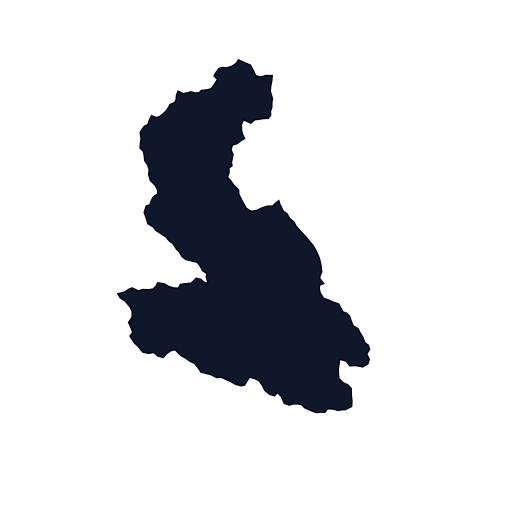 Cotia, São Paulo, Brazil (Equal Earth projection), rotated 311°
{"feature_id": "56859067B86024623028982", "entity_name": "Cotia", "entity_type": "district", "adm_level": 2, "iso_a3": "BRA", "parent_name": "Brazil", "parent_adm1": "São Paulo", "projection": "equal_earth", "projection_center": [-46.953, -23.683], "detail": "fine", "context": "isolated", "style": "filled", "palette": "ink", "viewbox_px": 512, "rotation_deg": 311, "n_neighbors": 0, "source": "geoboundaries", "source_scale": "gbopen_adm2", "svg_char_len": 3233}
<svg xmlns="http://www.w3.org/2000/svg" viewBox="0 0 512 512"><g transform="rotate(311 256 256)"><path d="M329.4,89.1L325.4,90.4L321.7,93.1L318.5,94.0L314.1,91.8L309.7,92.7L305.2,93.0L298.4,92.0L295.1,90.2L293.4,85.1L288.9,86.3L284.2,88.2L280.8,86.7L276.5,86.9L273.3,87.6L269.1,92.4L265.2,94.9L261.5,97.6L261.2,102.3L258.4,105.9L255.0,109.5L253.7,114.6L251.2,118.6L247.0,121.7L243.7,126.8L243.2,134.0L241.2,138.6L238.4,141.1L233.2,139.8L228.7,140.8L225.2,142.4L221.6,140.4L215.5,143.1L212.1,149.3L209.5,153.1L210.6,159.3L209.7,163.8L210.6,170.1L211.3,175.8L210.6,180.1L210.8,185.6L209.1,191.4L208.8,195.7L207.1,200.3L207.3,205.2L209.8,210.2L212.8,215.9L211.7,220.9L209.9,225.5L210.6,230.2L207.5,232.4L204.4,237.3L202.1,234.7L202.1,229.7L200.0,225.5L193.0,225.0L188.9,221.1L185.2,217.8L180.6,218.4L177.7,214.6L175.8,210.4L174.7,204.8L171.2,199.4L168.1,200.3L163.4,200.0L160.0,197.0L156.4,192.6L152.4,190.1L150.7,183.6L147.6,181.9L143.4,180.9L140.1,178.9L136.9,176.5L135.4,180.7L136.2,187.2L134.9,194.6L132.8,199.2L128.5,202.7L122.3,203.4L119.8,209.0L117.5,213.1L112.9,213.5L110.7,220.9L110.5,226.7L109.2,233.4L112.0,238.7L116.2,242.2L116.2,247.4L118.5,252.5L123.5,252.5L128.6,253.8L132.3,256.5L131.6,263.9L132.8,270.1L133.3,275.0L134.6,279.9L133.9,284.8L132.3,290.9L134.6,295.0L137.0,300.1L138.6,306.2L141.5,308.8L143.1,313.8L144.8,319.9L145.9,325.1L148.4,330.0L151.1,332.0L155.4,331.3L160.2,330.4L162.6,335.1L163.9,340.1L162.7,345.4L160.4,351.0L160.6,357.2L162.6,361.6L166.9,361.7L166.7,367.0L163.4,374.1L165.4,379.0L168.4,380.8L171.3,383.9L173.7,387.5L173.5,392.4L174.9,397.3L177.4,404.2L180.9,407.5L183.2,410.5L187.7,410.2L191.3,414.9L193.4,419.3L196.3,421.6L198.7,424.3L202.3,425.6L205.1,426.9L209.4,423.6L214.1,418.6L218.4,414.9L218.9,409.9L217.4,404.4L218.0,398.7L221.3,395.4L224.4,392.4L228.9,389.5L232.9,386.8L235.9,393.0L234.7,398.8L238.9,403.3L242.4,409.3L248.0,411.1L252.4,409.1L254.7,403.8L260.1,402.9L262.3,399.4L261.9,395.1L264.7,389.9L266.3,385.0L268.0,380.5L267.0,375.1L269.8,369.7L271.9,366.1L272.4,362.1L270.8,358.3L272.6,353.6L274.0,349.9L271.8,344.5L270.2,339.1L268.4,335.1L270.0,329.0L272.8,325.1L275.8,323.1L279.6,325.1L280.9,318.5L284.1,316.9L287.1,316.0L290.4,312.5L293.0,309.3L295.9,305.1L298.9,299.0L301.0,293.5L301.9,288.3L303.0,282.1L303.9,273.2L304.8,266.7L306.4,262.7L306.5,256.3L308.2,251.6L307.7,247.2L309.2,243.8L310.7,240.0L312.7,236.9L308.7,236.2L304.4,235.8L301.2,232.0L296.4,229.1L290.7,226.6L286.6,223.0L285.6,217.3L288.4,209.7L291.1,202.8L294.5,199.3L294.9,192.5L296.2,187.2L296.7,182.8L301.5,180.8L304.6,177.8L308.3,178.7L310.7,175.8L313.9,174.2L317.4,172.1L319.9,167.3L324.2,165.3L328.4,168.0L333.4,169.0L337.1,170.3L339.0,166.0L341.3,162.7L345.6,158.6L350.6,157.3L352.9,164.9L358.0,165.6L361.4,168.7L364.1,170.9L368.0,174.9L371.8,174.7L374.6,172.0L378.5,170.4L382.0,167.4L385.6,165.1L389.7,158.6L393.9,155.6L398.6,152.9L402.8,149.9L398.5,144.9L394.1,142.2L391.8,137.5L394.1,132.6L396.4,126.6L394.4,120.8L392.5,114.1L388.5,114.8L382.9,113.2L378.3,110.2L376.2,106.9L373.4,105.1L368.6,105.4L364.4,106.2L364.0,111.2L357.8,112.1L352.8,112.5L349.3,110.1L345.0,106.1L341.9,106.1L339.3,103.4L337.0,99.0L334.0,97.1L330.5,94.3L329.4,89.1Z" fill="#0f172a" stroke="#020617" stroke-width="1.5"/></g></svg>